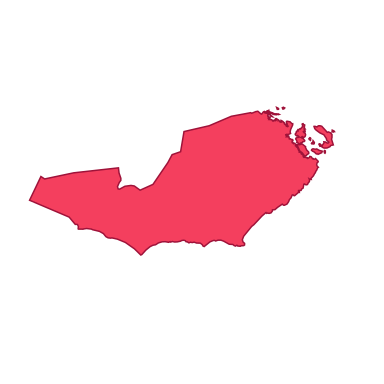 the district of East Guadalcanal, Guadalcanal, Solomon Islands, rotated 339°
{"feature_id": "97153195B16319119687534", "entity_name": "East Guadalcanal", "entity_type": "district", "adm_level": 2, "iso_a3": "SLB", "parent_name": "Solomon Islands", "parent_adm1": "Guadalcanal", "projection": "robinson", "projection_center": [160.747, -9.822], "detail": "fine", "context": "isolated", "style": "filled", "palette": "rose", "viewbox_px": 384, "rotation_deg": 339, "n_neighbors": 0, "source": "geoboundaries", "source_scale": "gbopen_adm2", "svg_char_len": 6164}
<svg xmlns="http://www.w3.org/2000/svg" viewBox="0 0 384 384"><g transform="rotate(339 192 192)"><path d="M72.6,185.9L76.6,187.5L76.7,187.0L76.8,187.5L80.5,188.3L84.8,190.6L85.7,191.6L91.5,195.6L94.4,199.1L95.6,202.8L97.2,204.7L99.7,206.0L100.7,206.1L105.5,209.3L111.7,215.2L117.9,224.4L121.6,232.5L122.8,232.4L128.1,229.7L133.2,228.0L136.4,227.7L139.1,228.2L142.4,227.5L146.3,227.8L149.2,228.8L152.2,230.6L153.8,230.5L154.1,231.1L156.0,231.2L157.7,232.4L160.4,233.3L163.6,233.8L165.2,233.6L167.1,234.1L168.3,235.0L168.6,236.3L169.7,236.8L170.9,238.4L172.5,238.3L174.1,239.3L176.0,239.6L178.0,241.3L181.4,242.7L182.7,244.8L182.9,246.4L183.8,247.3L190.9,245.0L194.5,244.9L195.8,245.3L196.5,246.2L199.0,246.3L201.7,247.3L203.9,249.2L208.0,254.1L211.3,255.6L212.2,257.2L213.3,258.1L214.6,257.8L215.1,258.1L215.3,258.8L217.7,260.0L218.4,259.8L221.1,260.6L222.1,260.3L222.7,258.8L221.7,256.9L221.9,254.6L224.4,251.8L235.4,245.5L238.0,244.7L248.7,239.5L253.7,237.7L254.1,238.7L254.7,238.6L256.3,239.6L258.3,239.8L260.2,238.6L260.7,237.5L263.1,238.2L266.4,237.0L271.9,235.7L272.7,237.1L273.5,237.5L276.4,237.3L278.8,235.6L280.2,234.0L282.3,233.0L284.5,230.7L285.3,230.9L286.0,232.1L286.6,232.2L292.0,230.3L292.2,230.6L292.4,230.1L291.7,229.3L292.0,228.8L294.4,229.6L295.5,228.5L297.1,228.2L299.2,224.8L299.8,224.8L301.0,226.2L302.5,226.4L303.7,225.2L305.3,224.4L306.1,222.7L306.1,221.8L306.7,222.6L307.8,223.0L307.8,222.1L311.2,220.4L313.1,218.7L314.1,218.2L314.9,217.1L316.0,216.5L318.1,214.3L318.8,214.2L318.1,212.6L318.2,211.1L319.2,209.6L320.3,209.3L320.8,208.6L319.3,205.0L318.2,205.3L317.3,204.9L317.2,204.3L316.5,204.2L316.0,202.0L315.3,201.3L314.7,201.0L314.0,201.8L312.2,202.2L312.0,201.3L311.2,201.2L310.2,200.1L308.9,199.8L308.5,198.9L309.0,198.1L308.6,196.8L307.7,195.7L307.8,194.7L307.3,193.7L306.5,193.3L306.9,192.9L306.5,191.9L306.4,188.3L305.7,187.5L305.7,186.0L305.2,185.9L305.4,185.0L305.8,184.9L305.5,183.5L304.5,182.7L304.0,183.1L303.7,182.5L303.9,181.8L303.3,181.6L303.7,180.5L304.8,179.9L304.7,179.1L303.6,178.7L303.1,177.7L301.9,177.3L302.2,175.8L302.1,175.2L301.5,175.0L301.7,174.5L300.1,174.3L301.0,173.5L301.6,173.7L301.1,173.1L300.0,173.1L300.1,172.1L301.3,172.1L302.2,172.8L305.0,172.7L305.1,171.2L306.4,169.1L310.1,165.4L310.5,164.3L309.8,164.1L308.7,161.6L306.0,159.9L305.1,160.4L305.3,162.4L304.9,163.7L305.1,164.1L305.7,164.0L305.0,164.4L305.2,165.1L304.8,165.3L304.2,164.5L303.7,164.5L303.9,162.3L303.2,162.6L302.9,162.0L302.7,161.5L303.0,160.5L302.3,159.8L302.5,159.4L301.7,158.1L300.9,157.2L300.7,157.8L301.3,158.3L300.4,158.8L299.4,158.4L299.4,157.6L300.0,157.4L299.0,157.3L298.8,156.3L298.1,156.2L298.5,155.7L297.0,153.6L296.4,153.5L295.4,154.2L296.2,155.1L295.7,155.4L294.1,154.8L294.5,154.7L294.2,154.4L293.1,154.9L292.3,153.0L289.8,151.9L290.2,151.6L289.5,150.4L290.4,149.0L289.9,148.5L290.0,148.0L290.2,147.4L290.9,147.4L290.8,146.5L291.2,146.5L290.9,146.1L291.2,145.9L288.5,144.5L288.4,144.2L289.3,144.2L289.4,143.8L288.5,142.7L287.3,142.8L285.0,144.2L284.3,143.7L282.4,140.2L280.3,139.8L275.9,139.9L275.3,139.0L255.8,135.4L231.8,136.3L206.2,132.7L195.8,150.3L186.8,150.0L180.0,155.9L158.3,170.9L144.2,171.7L140.3,165.7L137.4,164.0L131.4,162.6L125.4,163.4L124.1,162.6L124.4,160.2L127.6,157.0L129.7,155.7L130.5,153.7L130.7,148.1L132.0,143.1L88.4,131.7L59.1,127.0L56.5,123.4L37.4,141.5L68.3,171.4L71.4,180.4L73.2,181.1L73.5,181.7L73.5,183.8L72.7,185.0L72.6,185.9ZM343.3,188.5L342.6,186.5L340.9,184.8L339.7,184.8L336.7,177.1L335.2,176.0L333.7,175.5L331.9,176.0L330.3,174.7L329.4,174.5L329.3,176.8L330.0,178.6L332.6,182.7L335.6,185.8L336.6,190.3L336.3,191.8L337.6,194.5L336.4,195.1L335.4,194.4L334.6,193.2L333.1,192.4L332.9,193.4L330.4,195.1L329.6,196.3L329.5,196.7L331.0,198.3L333.8,199.3L337.1,199.1L338.1,198.3L340.8,198.7L341.2,192.7L342.2,191.3L343.3,188.5ZM321.2,169.7L320.4,169.2L320.2,168.0L319.4,167.9L319.1,168.2L319.2,169.3L318.1,171.0L316.1,171.9L316.1,171.6L315.3,171.6L313.8,172.1L313.3,171.7L312.8,172.1L312.8,173.0L311.8,172.7L310.7,173.4L310.7,174.0L309.2,174.8L309.0,175.5L309.7,177.1L310.7,177.1L310.6,176.5L311.8,179.0L311.2,178.9L311.5,179.5L310.8,178.9L308.5,178.9L307.8,179.6L308.2,181.6L308.1,182.7L307.6,183.2L308.6,184.2L309.2,185.8L311.5,185.1L312.6,185.4L313.4,184.7L314.5,185.1L315.6,184.7L315.7,184.3L314.9,181.9L314.1,181.4L313.9,180.4L313.4,180.1L314.8,179.7L315.8,181.1L317.4,180.8L318.6,179.3L318.7,177.3L318.0,177.0L317.5,175.6L318.2,175.3L319.2,175.7L319.3,176.5L319.5,175.4L319.2,173.4L319.6,172.7L320.1,173.2L319.9,171.3L320.8,170.8L321.2,169.7ZM315.2,196.4L314.1,193.9L313.9,191.0L314.3,190.4L312.4,187.2L311.5,186.6L308.9,186.3L306.6,185.1L306.5,185.9L307.1,186.2L306.6,186.5L307.1,187.8L307.3,192.3L308.9,194.8L310.0,198.6L311.8,199.1L312.7,198.3L314.6,198.0L315.0,197.6L315.2,196.4ZM328.3,200.6L325.7,198.7L323.9,196.5L322.5,196.3L320.4,195.0L319.0,195.2L318.5,195.8L319.1,197.0L320.5,198.5L321.7,201.0L323.0,201.5L323.2,202.0L327.2,201.8L328.3,200.6ZM299.8,150.2L299.3,149.6L298.9,149.9L298.4,149.7L298.4,149.1L297.9,148.9L297.7,149.2L296.0,147.5L295.4,147.6L295.5,146.9L293.7,145.5L292.8,144.0L292.9,143.4L291.9,144.0L291.7,143.2L291.2,143.1L290.8,143.7L290.1,143.6L289.5,144.0L290.1,144.8L292.9,145.5L292.8,146.2L294.5,147.4L295.7,148.7L297.3,149.6L297.6,149.5L298.2,150.1L299.8,150.2ZM324.0,189.6L323.4,187.5L322.3,189.3L321.5,189.0L320.9,189.5L321.0,189.9L322.8,190.8L323.4,190.7L324.0,189.6ZM329.7,195.1L328.8,193.0L328.1,192.6L327.6,192.9L327.8,195.2L329.2,195.6L329.7,195.1ZM308.7,146.8L307.7,145.6L306.5,145.7L306.5,147.1L307.4,147.4L308.7,146.8ZM322.1,184.5L321.9,183.8L321.5,183.5L320.2,184.2L320.3,185.1L321.1,186.2L322.1,184.5ZM302.7,145.4L302.5,144.7L301.3,143.4L301.2,145.4L302.4,145.8L302.7,145.4ZM331.2,201.4L330.6,200.8L329.9,201.4L329.7,203.0L330.0,203.5L330.5,203.2L331.2,201.4ZM346.6,186.5L346.5,186.0L345.1,184.5L344.3,186.0L345.7,186.8L346.2,186.3L346.6,186.5ZM291.7,150.3L291.3,149.9L290.6,150.6L291.2,151.1L291.7,150.3ZM301.2,150.8L300.4,149.9L299.8,150.3L300.3,150.7L301.2,150.8ZM294.1,150.5L293.7,149.6L293.2,149.0L292.9,149.6L294.1,150.5ZM292.9,148.9L292.8,147.9L292.3,147.5L292.4,148.2L292.9,148.9Z" fill="#f43f5e" stroke="#9f1239" stroke-width="1.5"/></g></svg>